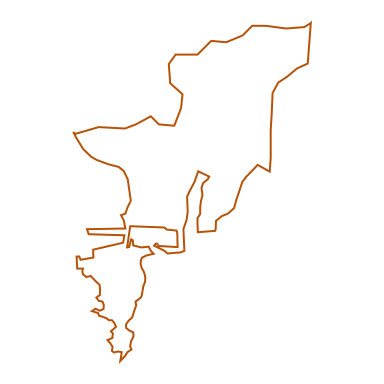 outline of Gangseo-gu, South Gyeongsang, South Korea
{"feature_id": "91817680B91211823266814", "entity_name": "Gangseo-gu", "entity_type": "district", "adm_level": 2, "iso_a3": "KOR", "parent_name": "South Korea", "parent_adm1": "South Gyeongsang", "projection": "orthographic", "projection_center": [128.865, 35.107], "detail": "fine", "context": "isolated", "style": "outline", "palette": "amber", "viewbox_px": 384, "rotation_deg": 0, "n_neighbors": 0, "source": "geoboundaries", "source_scale": "gbopen_adm2", "svg_char_len": 2383}
<svg xmlns="http://www.w3.org/2000/svg" viewBox="0 0 384 384"><path d="M310.5,23.3L304.2,27.1L286.4,28.5L286.1,28.5L265.6,25.8L252.2,25.8L242.7,35.4L226.3,42.2L226.0,42.2L225.9,42.2L211.2,40.9L197.5,54.6L197.2,54.6L175.6,54.6L168.8,64.1L170.2,83.3L182.5,94.2L181.1,107.9L174.3,125.7L174.0,125.7L173.9,125.7L158.9,124.4L150.8,116.3L135.9,124.4L125.0,128.5L124.7,128.5L98.9,127.1L98.6,127.1L75.6,133.8L75.4,133.9L73.2,132.1L74.7,134.7L75.6,136.7L83.2,149.1L91.1,156.7L96.8,160.0L108.5,164.3L118.6,166.9L123.6,170.8L127.7,179.1L130.8,200.7L127.5,207.5L125.4,213.6L121.0,215.2L123.8,220.4L125.4,228.5L87.0,229.2L88.7,234.2L124.4,235.3L123.1,242.7L93.1,249.7L93.4,257.5L80.6,259.8L79.3,256.5L76.6,256.5L77.2,268.6L83.0,268.6L82.3,271.6L83.0,274.3L86.3,277.0L90.7,276.0L95.1,280.7L99.5,284.8L100.1,289.8L99.8,295.2L98.5,295.9L96.4,297.6L98.8,300.9L102.5,301.6L103.8,305.0L103.5,309.0L99.8,310.7L95.4,308.7L92.0,311.1L98.1,313.1L99.1,315.8L101.8,316.5L106.2,318.1L108.9,320.2L111.9,320.2L114.3,322.9L116.0,326.9L110.9,331.3L112.9,333.6L112.3,338.0L107.5,340.1L110.2,343.1L112.6,346.8L111.9,350.8L113.9,352.5L118.0,351.5L121.7,352.2L121.3,355.2L120.3,361.0L125.1,355.9L127.4,352.2L131.5,349.5L130.1,346.5L131.1,341.1L133.5,336.4L133.2,332.3L129.4,330.6L126.1,327.9L126.1,324.2L128.8,320.5L132.1,317.5L134.5,310.1L136.2,305.3L135.5,301.6L140.9,297.6L141.9,294.9L142.6,290.5L143.3,286.1L145.0,282.1L145.3,277.7L144.6,274.0L143.3,270.6L141.6,267.9L140.6,263.9L140.9,260.2L141.9,257.8L146.3,255.5L153.7,253.8L151.0,251.1L148.7,246.7L141.3,247.4L133.2,245.4L132.8,240.3L131.2,239.3L129.1,247.1L127.1,247.4L130.2,226.2L164.5,227.5L166.5,229.5L176.6,230.6L177.3,233.6L177.6,247.1L158.8,246.0L157.1,243.7L155.7,243.7L154.1,245.7L164.5,250.8L167.5,253.5L175.3,252.8L180.7,252.4L184.4,250.8L183.4,229.2L186.6,219.8L187.7,211.9L187.1,196.6L189.8,190.8L194.5,181.9L198.2,171.3L209.2,176.6L207.9,179.0L203.2,183.1L201.5,187.8L202.5,195.2L200.9,201.2L200.2,207.3L200.2,214.0L197.5,218.1L197.5,223.1L197.8,232.2L215.0,230.9L215.7,229.2L216.0,220.8L221.8,216.1L227.8,213.7L234.2,208.0L236.2,200.2L242.4,181.8L242.5,181.7L246.3,176.7L255.6,167.1L257.4,165.0L257.5,164.9L257.8,165.0L269.7,171.6L270.7,158.3L270.7,152.6L270.7,140.3L270.7,129.9L271.7,113.8L272.6,93.0L278.2,82.6L286.7,77.0L297.1,68.4L307.4,63.7L307.7,63.5L307.8,62.8L310.8,23.0L310.5,23.3Z" fill="none" stroke="#b45309" stroke-width="2"/></svg>